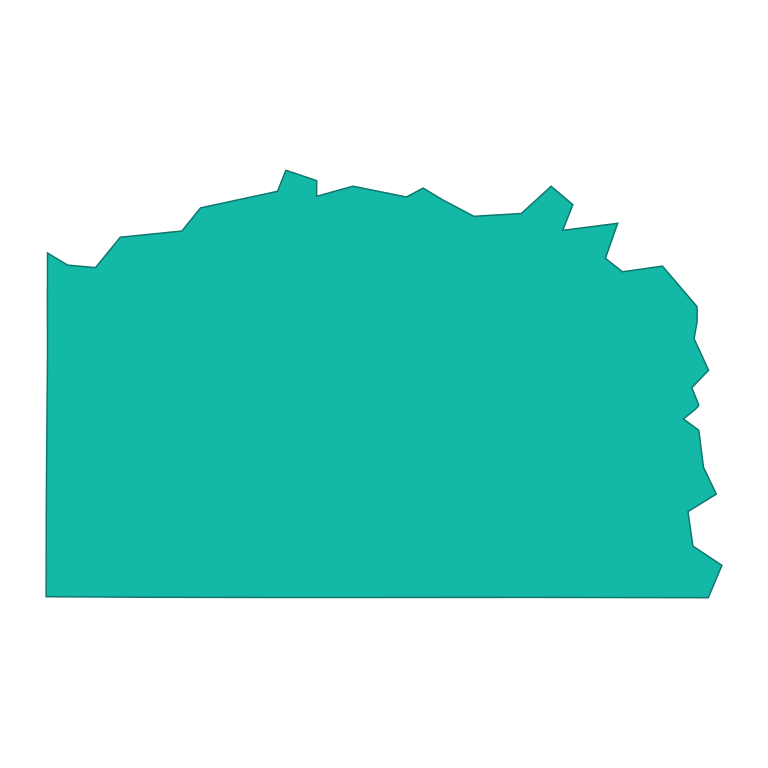 the district of Greene, Pennsylvania, United States of America
{"feature_id": "52423323B31233062263618", "entity_name": "Greene", "entity_type": "district", "adm_level": 2, "iso_a3": "USA", "parent_name": "United States of America", "parent_adm1": "Pennsylvania", "projection": "albers", "projection_center": [-80.18, 39.871], "detail": "fine", "context": "isolated", "style": "filled", "palette": "teal", "viewbox_px": 768, "rotation_deg": 0, "n_neighbors": 0, "source": "geoboundaries", "source_scale": "gbopen_adm2", "svg_char_len": 768}
<svg xmlns="http://www.w3.org/2000/svg" viewBox="0 0 768 768"><path d="M46.1,596.7L153.6,597.3L276.5,597.5L277.4,597.5L351.3,597.5L532.9,597.4L708.3,597.7L721.9,565.4L692.9,546.1L688.0,511.6L716.3,494.1L703.5,467.3L698.8,430.3L683.4,418.9L692.8,411.4L695.8,408.8L698.4,406.2L698.6,404.4L691.8,387.7L708.6,370.2L694.1,338.8L697.2,321.0L697.1,306.7L662.4,266.1L622.5,271.8L605.4,258.4L617.7,223.3L562.7,230.3L572.9,204.7L551.1,186.3L521.3,213.5L473.9,216.3L443.4,200.3L423.1,188.1L406.4,197.0L352.9,186.2L316.6,196.3L316.7,180.7L285.9,170.3L277.5,191.3L200.5,207.9L181.9,231.0L120.3,237.2L95.5,267.6L67.5,265.1L47.5,253.0L47.5,257.0L47.5,260.9L47.5,285.8L47.4,289.0L47.5,354.7L46.5,475.7L46.3,512.7L46.1,596.7Z" fill="#14b8a6" stroke="#0f766e" stroke-width="1.5"/></svg>